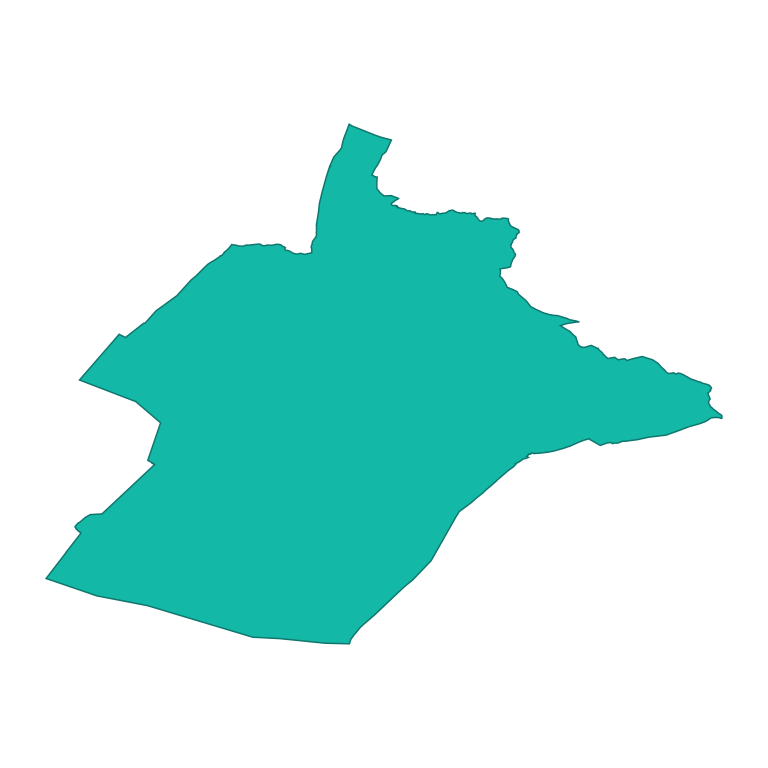 outline of "Vestre Slidre" nor, Oppland, Norway
{"feature_id": "86288312B11903368745588", "entity_name": "\"Vestre Slidre\" nor", "entity_type": "district", "adm_level": 2, "iso_a3": "NOR", "parent_name": "Norway", "parent_adm1": "Oppland", "projection": "natural_earth1", "projection_center": [8.94, 61.053], "detail": "fine", "context": "isolated", "style": "filled", "palette": "teal", "viewbox_px": 768, "rotation_deg": 0, "n_neighbors": 0, "source": "geoboundaries", "source_scale": "gbopen_adm2", "svg_char_len": 6070}
<svg xmlns="http://www.w3.org/2000/svg" viewBox="0 0 768 768"><path d="M349.4,643.8L350.8,639.4L354.3,634.6L356.5,632.1L359.9,627.8L362.4,625.4L375.0,614.5L404.0,587.0L412.5,580.1L431.1,560.7L455.7,517.3L459.2,511.6L471.3,502.6L476.2,498.2L483.1,492.7L486.0,489.9L495.6,481.7L497.6,479.7L507.8,470.9L513.7,466.6L513.8,466.3L515.8,464.3L515.3,463.8L515.5,463.7L518.8,462.1L521.2,460.5L522.9,459.2L523.8,458.8L525.9,458.4L528.4,457.3L526.6,456.4L528.7,454.6L528.5,454.4L529.1,453.9L529.7,453.8L529.9,454.2L530.4,454.1L530.3,453.9L531.8,452.9L533.8,453.6L534.4,453.3L534.7,453.5L541.0,453.0L547.0,452.3L553.5,451.1L563.9,448.2L569.7,446.1L569.8,446.3L572.2,445.1L579.7,441.8L584.9,439.9L588.0,439.2L589.0,438.5L590.0,439.6L600.3,445.4L606.7,443.1L609.9,442.6L610.5,442.4L612.8,443.7L613.3,443.4L615.3,443.0L617.8,443.1L622.7,441.2L625.6,441.3L626.3,441.1L637.2,439.7L648.7,437.2L666.1,435.1L679.3,430.4L688.9,426.7L700.1,423.6L705.5,421.5L709.1,419.3L711.0,417.9L714.7,417.5L718.1,417.5L719.3,417.7L720.8,418.3L721.5,418.4L721.9,418.2L721.9,415.9L721.4,415.1L720.4,414.3L719.6,414.1L713.1,408.9L710.2,406.2L709.8,404.9L709.0,404.1L708.5,402.7L709.2,400.1L710.1,399.3L710.1,399.0L709.2,396.6L708.5,395.7L708.1,392.7L709.0,392.2L710.3,391.1L710.7,390.4L710.3,389.9L710.2,389.5L711.5,388.5L710.7,386.6L709.0,385.1L706.4,384.2L702.1,383.1L701.0,382.3L698.3,381.7L694.8,380.3L690.2,378.7L688.5,377.6L682.7,374.4L680.4,373.5L678.3,373.1L677.2,373.4L676.3,374.1L675.1,373.7L673.9,372.9L672.7,372.9L670.8,373.4L668.1,373.4L665.9,371.8L664.6,370.0L661.3,367.1L658.0,363.3L652.6,359.8L642.1,356.5L631.4,359.1L627.0,360.5L624.9,358.8L623.2,358.9L618.0,359.8L614.7,357.3L607.9,358.5L607.8,358.3L605.9,356.9L603.9,354.7L602.9,354.1L602.6,353.0L598.6,349.5L598.4,348.5L597.1,348.2L591.2,345.4L583.9,347.5L580.5,346.7L578.2,344.6L575.7,336.8L573.7,335.3L571.1,332.6L570.9,332.6L570.5,332.0L569.7,331.2L568.5,330.7L564.7,328.4L560.3,325.6L567.1,323.5L576.9,322.0L579.4,322.0L576.6,321.1L569.2,319.6L567.7,318.7L557.6,315.6L553.3,315.3L549.1,314.5L546.2,313.6L544.7,313.3L541.9,312.2L535.9,309.4L530.7,306.6L526.3,300.9L519.3,295.0L518.5,294.1L517.2,291.7L512.3,289.3L507.1,287.3L506.1,284.8L504.7,282.1L502.7,279.0L499.7,275.9L500.3,274.1L500.5,271.1L500.0,268.9L508.0,267.6L510.5,266.8L511.3,262.7L512.1,261.3L512.7,259.6L515.1,256.1L515.5,254.4L515.3,253.8L514.8,253.3L514.0,252.8L513.8,252.4L513.7,252.2L513.8,251.5L513.6,250.6L513.2,250.1L513.0,249.6L512.7,249.1L511.5,248.0L511.4,247.6L511.0,247.2L510.7,246.4L510.8,245.8L511.2,245.1L511.4,243.6L512.5,242.4L512.7,240.6L514.0,239.1L515.9,238.0L515.9,237.3L516.4,235.8L516.5,234.6L517.0,234.4L517.4,233.6L518.3,233.2L519.0,232.5L518.8,232.2L519.1,231.9L518.9,230.5L518.5,229.8L512.3,226.9L510.8,226.0L510.3,225.3L508.3,220.9L508.5,219.1L507.8,218.6L505.8,218.3L502.1,218.1L501.5,218.8L500.7,219.0L498.9,219.2L497.2,218.8L496.1,219.0L494.8,218.9L494.0,219.1L493.1,219.0L491.8,218.5L490.9,218.5L490.0,218.1L487.2,217.9L486.2,218.2L484.3,219.3L484.0,219.9L483.4,220.4L482.5,221.0L481.8,221.3L480.8,221.2L480.0,220.9L478.2,219.3L477.4,217.7L475.9,216.1L474.9,215.7L474.7,215.1L475.3,213.4L474.7,213.2L471.9,213.8L471.5,213.7L470.9,213.0L470.5,213.0L468.4,213.2L467.7,213.6L467.1,213.5L466.7,213.7L466.4,213.6L465.1,212.6L464.8,212.6L462.2,212.6L461.1,213.3L460.7,213.4L460.0,212.9L459.3,212.7L456.9,212.4L455.9,211.8L454.9,211.6L454.4,210.8L453.7,210.7L452.8,210.2L452.4,210.1L449.3,210.7L446.9,212.2L446.4,212.7L444.3,213.2L442.2,213.3L441.0,213.8L439.4,213.7L438.6,213.3L438.2,212.6L437.4,212.5L436.9,212.9L436.4,214.5L435.8,214.7L434.8,214.7L433.8,214.9L432.2,214.6L431.4,214.9L430.1,215.0L428.1,213.9L426.0,213.9L425.4,214.4L424.8,214.5L424.1,214.3L423.0,213.7L421.9,213.7L421.0,214.1L420.4,214.1L419.7,213.8L418.3,213.5L415.2,213.4L414.7,212.9L414.8,212.6L415.3,212.3L415.1,212.0L412.8,212.0L411.0,211.5L410.2,210.8L407.8,210.8L406.7,210.5L406.4,210.3L406.1,209.9L404.0,208.8L402.0,208.6L401.3,208.3L400.5,208.3L398.3,207.5L397.8,207.8L397.3,207.1L396.8,206.8L397.5,206.4L397.3,206.0L397.0,205.8L394.7,205.4L393.2,205.6L392.5,205.5L391.2,204.4L391.7,203.2L396.2,199.9L398.1,198.9L398.5,198.5L397.0,197.7L395.0,197.1L391.5,195.7L390.9,195.6L383.8,196.0L383.1,195.2L380.5,193.1L376.9,188.7L376.8,182.7L377.1,177.0L376.3,177.1L375.3,176.9L375.3,176.7L374.3,176.4L374.0,176.1L373.7,176.1L373.4,175.7L371.8,174.9L375.4,168.0L377.7,164.8L380.4,159.6L382.2,154.8L384.9,152.8L386.1,151.4L391.4,140.0L381.2,137.3L375.1,135.2L352.5,126.2L349.2,124.2L343.7,138.7L342.1,144.8L341.8,147.0L341.3,148.2L339.3,150.8L333.8,157.0L330.0,165.6L330.3,165.7L330.5,166.7L329.5,166.9L326.4,176.6L322.2,191.8L319.5,203.1L318.4,212.6L316.3,225.5L316.8,227.0L316.6,227.3L316.4,228.6L316.6,230.8L316.3,232.4L316.5,234.4L316.3,235.6L315.9,236.8L316.0,237.1L315.2,237.9L313.4,240.2L312.5,241.7L311.9,244.9L311.3,246.0L311.2,247.0L311.6,248.8L311.8,251.4L311.6,253.0L310.7,253.0L305.0,254.3L304.3,254.3L300.5,253.3L297.7,254.0L296.1,254.0L294.3,253.6L292.0,252.7L290.2,251.4L289.0,250.9L285.7,250.1L285.1,249.7L284.8,248.6L285.4,247.8L285.1,247.4L282.2,246.0L281.2,245.1L280.4,244.7L278.4,244.3L275.9,244.4L272.5,245.2L271.2,245.3L267.0,245.0L266.1,245.5L265.1,245.7L262.4,245.7L260.6,244.3L259.4,244.1L257.8,244.1L249.3,245.1L246.3,245.1L244.8,245.5L243.3,246.2L242.7,246.1L239.6,246.1L234.9,245.0L232.8,244.9L231.8,244.5L229.3,247.7L226.6,250.5L224.4,252.1L224.6,252.3L223.1,253.9L222.2,255.2L220.1,256.0L220.2,256.3L214.2,260.4L210.3,262.6L207.8,264.3L204.0,267.9L196.2,275.8L190.8,280.3L177.0,295.6L156.0,310.9L146.0,322.1L144.9,323.2L143.6,323.3L125.5,337.5L119.2,334.3L79.5,380.0L135.8,401.6L160.6,422.8L147.8,460.3L153.0,463.3L152.6,463.5L154.7,464.5L102.0,513.9L90.6,514.6L89.9,514.8L85.4,517.4L79.6,522.3L78.3,522.9L77.1,524.1L75.5,525.9L75.1,526.8L75.1,527.2L75.6,527.7L75.8,528.3L76.5,529.3L77.0,529.4L77.1,529.5L76.9,529.6L77.8,530.2L78.2,531.1L79.8,531.9L80.2,532.5L80.9,532.9L80.0,534.4L66.7,551.5L65.1,553.8L46.1,578.5L96.9,595.9L147.3,605.6L252.8,637.2L279.6,638.6L325.1,643.2L349.4,643.8Z" fill="#14b8a6" stroke="#0f766e" stroke-width="1.5"/></svg>